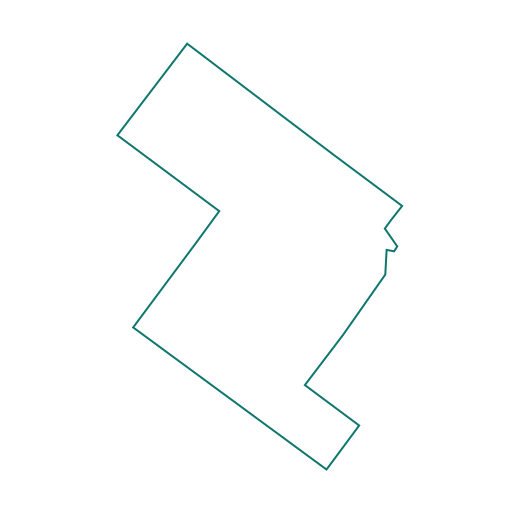 the district of Phelps, Missouri, United States of America, rotated 126°
{"feature_id": "52423323B59210924893707", "entity_name": "Phelps", "entity_type": "district", "adm_level": 2, "iso_a3": "USA", "parent_name": "United States of America", "parent_adm1": "Missouri", "projection": "albers", "projection_center": [-91.813, 37.876], "detail": "fine", "context": "isolated", "style": "outline", "palette": "teal", "viewbox_px": 512, "rotation_deg": 126, "n_neighbors": 0, "source": "geoboundaries", "source_scale": "gbopen_adm2", "svg_char_len": 402}
<svg xmlns="http://www.w3.org/2000/svg" viewBox="0 0 512 512"><g transform="rotate(126 256 256)"><path d="M382.4,73.4L332.5,72.9L331.7,140.6L268.8,139.2L195.0,140.5L174.3,153.9L171.0,147.0L165.2,147.4L158.1,167.9L148.5,167.9L129.6,167.2L128.5,252.9L127.4,310.4L124.7,436.5L239.8,439.1L241.3,312.1L279.0,312.2L386.0,313.4L387.3,73.5L382.4,73.4Z" fill="none" stroke="#0f766e" stroke-width="2"/></g></svg>